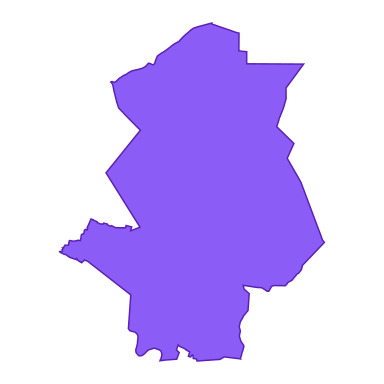 outline of San Blas Atempa, Oaxaca, Mexico
{"feature_id": "50627088B2240066816782", "entity_name": "San Blas Atempa", "entity_type": "district", "adm_level": 2, "iso_a3": "MEX", "parent_name": "Mexico", "parent_adm1": "Oaxaca", "projection": "orthographic", "projection_center": [-95.19, 16.36], "detail": "fine", "context": "isolated", "style": "filled", "palette": "violet", "viewbox_px": 384, "rotation_deg": 0, "n_neighbors": 0, "source": "geoboundaries", "source_scale": "gbopen_adm2", "svg_char_len": 5067}
<svg xmlns="http://www.w3.org/2000/svg" viewBox="0 0 384 384"><path d="M303.6,64.1L246.7,63.8L246.7,51.7L245.6,51.6L238.9,50.9L238.9,47.6L239.0,33.1L238.6,33.1L235.4,32.2L231.0,30.6L220.4,27.0L211.9,24.0L211.9,23.0L210.1,23.5L198.4,26.6L195.9,27.4L193.7,28.1L191.3,29.7L189.8,31.0L188.0,32.6L186.4,33.9L185.0,35.1L182.5,37.5L178.9,41.4L176.6,42.7L174.3,43.9L171.9,45.7L169.5,47.6L167.0,49.5L164.1,51.6L161.5,53.1L159.8,54.3L158.0,55.5L157.2,56.4L156.5,58.2L155.5,60.6L154.8,63.1L154.4,63.9L153.7,64.5L153.1,64.7L152.3,64.7L151.4,64.2L150.6,63.7L149.5,63.3L148.5,63.3L147.8,63.9L147.2,64.6L146.8,65.3L146.4,65.6L146.1,65.9L144.9,66.9L144.2,67.2L142.8,68.0L141.9,68.4L141.0,68.6L140.1,68.8L139.3,69.1L138.6,69.3L137.7,69.5L136.7,69.7L136.0,69.9L135.0,70.1L134.1,70.4L133.3,70.5L132.4,70.7L131.6,71.0L130.9,71.4L130.2,71.8L129.4,72.1L127.0,73.8L125.9,74.5L123.9,75.3L119.9,77.9L118.2,79.3L117.1,80.5L116.1,81.3L114.7,82.3L113.5,82.1L112.3,81.6L111.4,81.7L110.8,82.0L112.0,83.4L112.8,84.9L113.9,90.6L116.8,102.2L118.7,108.0L121.7,111.2L123.3,112.7L124.5,114.2L138.0,127.9L138.9,128.7L140.4,130.2L110.2,167.7L106.0,172.8L123.6,201.0L140.0,227.2L130.7,230.8L131.7,226.9L129.7,226.4L126.1,225.5L125.5,227.8L118.5,227.7L115.2,227.6L111.5,225.6L110.4,226.3L107.8,224.9L107.3,224.4L107.2,224.0L103.7,223.1L103.3,223.5L103.1,224.1L100.2,223.9L97.2,222.5L97.1,221.7L93.0,220.0L93.1,219.7L91.0,219.0L88.1,225.7L87.9,226.0L87.2,227.7L87.2,227.8L87.3,228.0L87.5,228.2L87.6,228.3L86.8,230.1L86.7,230.1L86.3,229.8L86.1,229.6L85.9,229.5L85.7,229.4L85.4,229.4L85.3,229.5L85.0,229.6L84.7,230.1L84.4,230.6L84.3,230.8L84.2,230.9L84.2,231.0L84.2,231.4L84.2,231.7L84.2,231.8L84.1,232.2L84.1,232.5L84.0,232.8L83.8,233.1L83.5,233.6L83.4,233.9L83.1,234.1L82.8,234.1L82.5,234.1L82.2,234.2L81.7,234.4L81.3,234.9L81.2,235.9L81.2,236.1L81.0,237.0L81.0,237.5L80.6,239.4L80.3,240.7L78.9,240.4L78.4,240.3L78.0,240.3L77.9,240.3L77.7,240.3L77.1,240.5L76.9,240.6L76.5,240.7L76.0,240.8L75.5,240.9L75.2,241.0L74.7,241.0L73.7,241.2L73.4,241.2L73.1,241.2L72.9,241.1L72.3,241.0L71.9,240.9L71.2,240.8L70.4,240.6L70.1,240.5L69.6,240.6L69.2,240.9L69.2,241.4L69.3,241.4L69.3,241.6L69.2,241.8L69.2,242.1L69.1,242.3L68.9,242.9L68.8,243.0L68.7,243.0L68.7,243.3L68.7,243.5L68.7,243.9L68.6,244.4L68.5,244.9L68.4,245.2L68.0,245.2L67.5,245.2L66.5,245.2L66.3,245.2L65.8,245.2L65.5,245.2L65.2,245.1L65.2,245.4L64.6,245.9L64.4,246.0L64.1,246.4L64.1,246.5L64.0,246.8L63.9,247.0L63.6,247.6L63.6,247.8L63.4,247.9L63.2,247.9L62.8,247.9L62.9,248.0L63.0,248.2L63.1,248.3L63.1,248.6L62.6,249.1L62.5,249.4L62.0,249.8L62.3,250.5L62.5,250.8L62.4,250.9L62.2,251.2L62.0,251.4L61.8,251.4L61.4,252.2L60.7,251.8L60.5,251.5L60.3,251.4L60.2,251.4L59.9,251.5L59.6,251.6L59.7,251.8L60.0,252.1L60.6,252.5L60.9,252.7L61.2,252.8L61.3,252.9L62.2,253.3L62.3,253.4L64.2,254.3L64.3,254.3L65.2,254.5L65.3,254.5L65.6,254.6L65.8,254.7L66.0,254.8L66.4,255.0L66.7,255.2L66.9,255.3L67.0,255.4L67.2,255.6L67.4,255.7L67.5,255.8L67.7,256.0L67.9,256.1L68.1,256.3L68.3,256.5L68.7,256.7L69.0,256.9L69.2,257.0L69.5,257.2L69.6,257.3L70.0,257.4L70.4,257.7L70.9,257.8L71.3,257.9L71.5,257.9L72.0,258.1L72.6,258.3L73.1,258.5L73.6,258.7L74.1,258.9L74.3,259.0L74.8,259.1L75.0,259.2L75.8,259.4L76.8,259.8L77.0,259.3L77.0,259.1L77.6,259.9L78.9,261.2L79.8,261.5L80.0,261.8L80.5,262.1L80.9,261.9L81.1,262.0L81.7,262.7L83.5,261.1L83.8,260.8L84.1,260.5L84.2,260.2L84.3,260.0L87.6,261.2L130.8,294.9L128.4,328.6L129.9,330.8L134.4,332.0L135.3,332.3L136.5,333.5L137.3,334.4L137.9,335.9L138.0,338.2L137.7,339.6L137.6,340.7L137.4,343.8L136.3,348.1L135.8,349.6L135.8,350.5L136.0,352.2L136.5,353.2L137.1,353.9L137.6,354.4L138.1,355.1L138.7,355.7L139.3,355.8L140.1,355.9L141.3,355.7L142.6,355.2L143.5,354.5L144.1,354.1L145.5,352.8L146.4,351.8L147.5,350.7L148.7,349.9L150.0,349.4L151.7,349.0L153.5,348.3L154.4,348.3L156.2,348.7L157.5,349.3L159.2,349.8L160.3,350.5L161.0,351.2L161.4,352.1L161.7,354.0L161.8,354.6L161.8,355.7L161.2,357.2L161.3,358.0L160.8,359.0L160.2,360.0L160.0,360.8L162.0,360.5L164.7,360.1L176.7,359.2L179.2,352.5L176.5,350.0L178.1,344.9L179.6,346.4L183.6,348.1L186.0,349.5L185.9,349.8L189.1,351.6L189.7,351.9L188.4,356.3L189.8,356.8L190.7,357.0L191.0,356.3L192.1,355.0L192.9,355.1L193.3,358.5L196.6,359.0L197.0,361.0L220.0,359.4L224.3,356.9L240.6,358.9L240.4,358.5L240.9,356.6L241.2,356.0L241.7,354.4L242.0,352.4L242.6,351.3L243.8,346.8L243.8,346.1L243.8,345.7L243.6,345.3L242.3,343.3L241.0,341.5L239.8,337.8L239.4,336.3L239.7,334.1L240.4,331.0L240.0,329.7L239.6,328.1L239.3,327.3L239.3,326.5L239.6,325.0L239.9,323.5L240.3,322.1L241.2,320.2L242.8,317.7L243.3,316.2L248.0,310.5L249.2,293.6L244.1,289.1L243.2,285.3L256.6,287.4L261.1,287.7L262.3,288.0L263.5,288.8L267.2,291.3L268.9,291.2L271.5,286.5L272.9,285.8L275.2,285.5L276.0,285.6L285.2,285.7L286.5,284.6L288.0,282.4L291.8,280.4L297.1,274.0L298.6,273.2L301.4,269.7L302.5,265.3L324.4,242.4L322.5,240.0L320.2,233.7L318.1,228.2L301.0,182.5L299.1,179.0L287.2,158.3L293.9,143.5L276.7,126.7L278.8,120.4L278.9,119.4L283.6,107.5L286.1,98.7L286.0,88.0L303.6,64.1Z" fill="#8b5cf6" stroke="#5b21b6" stroke-width="1.5"/></svg>